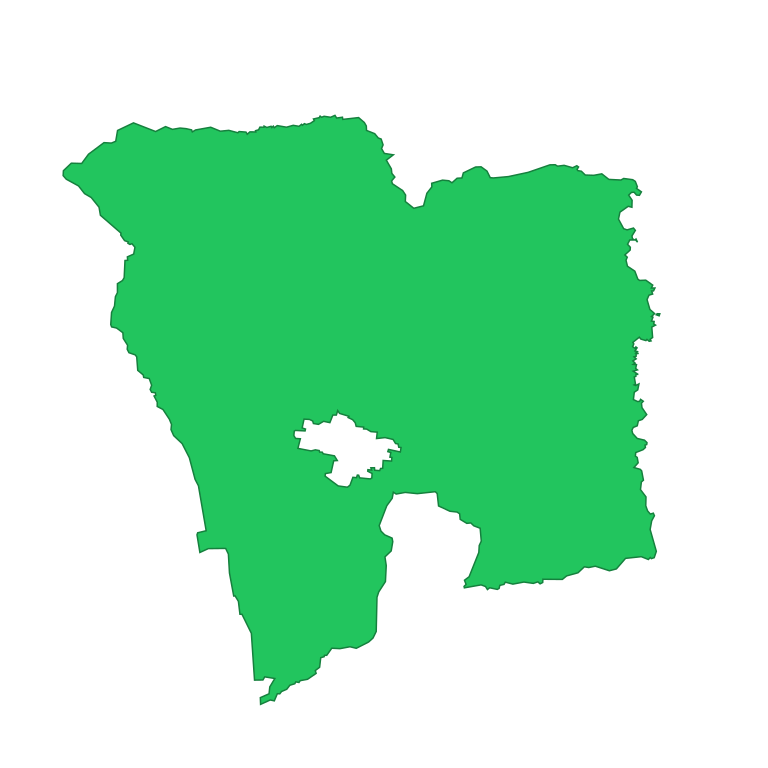 Blitar, Jawa Timur, Indonesia (Robinson projection), rotated 261°
{"feature_id": "22746128B45235083091424", "entity_name": "Blitar", "entity_type": "district", "adm_level": 2, "iso_a3": "IDN", "parent_name": "Indonesia", "parent_adm1": "Jawa Timur", "projection": "robinson", "projection_center": [112.215, -8.132], "detail": "fine", "context": "isolated", "style": "filled", "palette": "green", "viewbox_px": 768, "rotation_deg": 261, "n_neighbors": 0, "source": "geoboundaries", "source_scale": "gbopen_adm2", "svg_char_len": 6164}
<svg xmlns="http://www.w3.org/2000/svg" viewBox="0 0 768 768"><g transform="rotate(261 384 384)"><path d="M544.8,663.9L546.9,661.6L549.5,652.9L548.4,649.9L550.9,638.1L557.5,632.0L557.3,623.9L558.9,615.5L563.3,612.2L564.4,608.9L565.7,608.2L567.9,610.1L569.4,608.6L568.1,604.1L571.8,596.1L572.0,589.5L573.8,587.4L574.5,582.1L570.5,559.5L569.4,539.3L570.4,524.2L571.2,521.2L578.2,519.0L583.3,513.9L584.0,508.4L580.1,495.4L575.3,493.2L575.8,488.4L572.1,482.6L574.6,479.9L576.2,473.7L574.8,462.5L571.2,462.1L565.7,456.2L553.8,450.9L552.9,440.9L560.9,433.6L567.2,434.9L572.1,432.7L580.5,423.6L583.4,423.3L586.7,427.1L590.8,424.7L595.4,424.9L604.7,421.3L608.9,429.1L611.7,420.4L616.9,418.4L620.3,420.5L626.4,419.5L627.9,416.8L632.7,414.0L637.2,406.4L641.6,406.9L645.3,405.5L651.1,400.6L651.8,384.7L654.0,384.7L654.1,378.8L657.0,377.6L655.8,373.0L657.8,366.7L657.2,364.1L658.6,362.8L657.2,361.7L656.8,355.8L655.0,356.4L653.0,352.1L652.5,347.9L653.6,346.1L652.3,343.9L653.4,343.2L651.8,340.4L653.7,334.8L652.9,327.9L655.9,319.0L654.3,315.7L656.0,315.0L654.8,313.3L656.2,312.8L655.7,308.4L657.5,305.9L656.4,305.6L657.1,301.6L654.7,299.9L654.3,296.7L653.0,296.8L654.0,291.0L652.1,288.0L654.4,287.1L656.0,280.4L655.0,279.0L658.8,270.4L659.3,261.9L664.7,253.0L664.4,237.7L663.0,234.1L665.1,233.7L667.2,228.4L668.7,222.6L668.6,214.9L672.4,208.5L669.1,197.9L681.1,177.4L676.1,160.5L665.7,157.0L664.6,152.4L666.2,145.2L657.2,128.1L649.1,119.9L651.0,109.7L644.8,100.7L640.0,99.7L636.0,102.2L627.4,113.3L618.9,118.0L614.0,124.0L603.2,130.2L595.0,130.3L574.2,147.8L572.2,147.3L566.2,150.2L564.3,153.6L563.0,153.1L561.6,154.9L562.0,157.0L558.0,159.4L551.5,157.1L549.7,150.4L546.3,150.2L546.5,147.5L529.7,144.0L527.1,141.9L524.8,136.4L515.9,135.0L512.3,132.4L503.1,130.0L497.3,126.1L485.4,123.4L483.0,123.9L481.1,128.6L475.5,134.1L469.8,133.6L462.4,136.8L458.5,135.8L454.8,137.0L451.7,142.8L449.5,144.0L436.0,142.9L430.6,147.6L428.1,147.7L426.1,153.0L419.1,154.3L415.2,152.2L412.2,153.2L411.1,156.8L408.5,156.8L408.1,155.0L401.6,157.2L397.3,156.5L393.4,161.7L382.8,166.5L377.3,167.8L372.3,166.5L365.9,168.2L356.7,175.3L341.7,180.2L319.4,182.5L312.5,184.8L266.9,185.4L266.2,176.7L264.3,175.7L246.4,175.8L248.9,184.7L246.6,200.5L246.3,201.9L240.4,203.7L221.5,201.8L198.1,202.4L198.0,203.8L192.1,206.2L179.1,205.7L178.8,207.7L158.5,214.0L111.8,209.8L110.6,218.1L113.4,220.4L110.2,230.1L102.7,223.8L96.0,222.0L93.6,212.8L86.9,212.0L89.7,222.2L88.2,226.1L94.8,230.2L94.3,232.6L96.3,234.7L97.7,240.2L101.2,243.9L101.9,249.0L103.6,250.3L102.5,253.3L104.1,254.8L104.3,262.3L108.8,271.7L111.7,271.3L114.3,276.1L123.6,278.7L124.0,282.2L125.3,282.7L125.0,285.0L131.2,291.1L129.5,299.1L129.8,309.3L127.3,315.3L131.6,328.5L134.8,333.4L140.8,337.6L174.4,343.7L179.5,346.3L188.6,354.5L204.3,357.8L213.1,357.9L218.0,365.0L226.9,368.0L230.5,367.9L234.9,361.1L239.2,358.0L244.9,357.1L263.3,367.7L269.8,374.2L275.7,376.3L273.4,378.8L273.6,388.0L270.5,399.7L269.6,417.8L267.5,419.4L255.0,418.8L248.0,429.2L246.1,436.1L244.0,438.4L238.4,438.1L233.4,444.0L233.2,448.0L229.9,450.5L226.5,456.4L213.6,455.5L209.6,452.8L202.8,451.3L180.3,437.9L177.6,432.8L173.2,433.7L171.6,431.4L170.1,431.5L170.4,448.5L168.1,452.6L164.8,454.0L166.2,456.5L163.4,463.8L164.1,465.7L167.0,466.9L167.3,471.2L169.3,472.8L166.2,480.0L166.5,491.2L163.7,500.3L164.5,505.0L162.2,506.9L163.1,509.7L166.3,510.4L163.1,529.6L165.9,534.4L167.2,546.1L172.1,553.3L170.7,557.5L171.0,564.2L164.3,577.4L165.0,584.6L174.0,595.3L173.2,611.1L169.3,617.7L171.0,619.8L169.7,620.7L170.2,623.7L176.1,626.8L198.7,624.1L207.0,627.0L211.6,630.5L214.3,629.8L213.9,626.7L217.4,624.5L222.8,623.5L231.5,625.1L239.6,620.8L247.0,622.9L248.4,625.2L257.9,624.9L259.6,623.8L262.4,617.8L266.4,622.7L271.9,622.6L273.4,621.0L276.9,621.9L278.6,629.6L280.4,632.3L282.8,632.2L283.1,634.0L284.9,634.6L287.8,632.5L290.6,625.6L296.2,621.9L299.6,621.6L302.1,623.4L303.1,627.6L307.9,629.5L308.6,633.5L312.7,638.7L320.3,635.1L324.8,635.3L326.4,637.4L328.7,635.0L326.9,633.8L327.0,631.7L329.6,627.9L336.7,629.9L338.5,633.7L344.2,635.8L343.1,632.3L344.0,630.9L344.5,632.4L351.8,632.3L352.2,634.0L354.4,634.5L353.6,636.6L357.7,632.1L358.3,636.5L360.0,635.0L363.6,636.4L364.4,633.3L365.3,635.3L367.9,633.4L369.4,637.0L371.7,635.2L372.0,637.4L374.4,637.7L374.4,640.3L375.2,637.6L376.4,639.3L377.4,637.0L380.1,639.6L381.2,638.6L379.8,637.6L382.0,635.4L384.5,637.0L386.2,636.3L390.3,643.5L388.2,644.7L385.9,649.5L386.9,650.7L384.7,652.6L384.8,654.5L386.5,653.8L387.9,656.6L398.3,657.4L399.7,661.4L401.1,659.8L403.5,660.6L404.3,658.0L407.9,660.1L408.7,658.7L411.2,662.3L416.0,658.3L426.2,657.0L430.3,659.6L430.8,663.4L434.0,662.9L433.8,664.8L436.4,666.6L437.0,663.1L439.6,664.9L445.6,658.8L446.3,652.7L447.9,651.1L456.2,649.4L462.2,642.9L468.4,642.4L471.2,644.1L473.8,642.1L477.8,648.1L480.5,648.7L483.9,646.4L487.8,649.3L487.1,653.8L488.8,652.1L491.5,652.1L496.4,656.3L499.0,654.8L498.2,648.2L499.9,645.0L510.2,641.4L516.8,643.9L521.3,653.0L519.8,656.5L526.7,657.8L532.3,655.2L534.5,658.4L534.3,661.0L531.1,663.0L530.4,665.8L533.5,668.3L537.7,664.0L539.2,665.1L544.8,663.9ZM347.2,286.9L351.5,288.0L352.0,289.3L350.0,298.7L351.8,299.4L353.4,296.3L361.8,299.5L360.7,304.8L358.6,307.8L356.0,308.1L354.4,313.0L356.6,318.5L354.3,324.5L361.3,328.6L360.8,332.1L365.0,334.1L361.9,335.5L357.6,344.3L356.5,343.3L353.7,347.4L350.3,349.5L346.5,349.9L344.6,357.2L342.8,356.8L342.2,359.8L339.0,363.6L337.5,369.8L331.3,368.1L330.9,376.7L327.8,384.3L323.4,386.1L322.6,388.5L319.2,388.7L318.6,390.9L314.3,389.5L318.7,378.2L316.6,377.2L315.3,380.0L310.8,378.4L310.2,380.3L306.7,379.4L308.6,371.2L300.9,369.5L301.1,367.4L299.1,366.2L300.3,361.3L302.8,361.5L303.3,357.9L300.9,358.3L301.9,354.7L300.4,354.3L297.5,358.2L293.1,357.3L292.4,355.6L295.1,345.3L297.9,344.7L298.2,343.4L295.8,342.2L296.7,338.7L289.4,334.6L287.8,331.7L290.5,322.8L302.2,311.4L304.7,312.1L304.8,317.9L316.0,322.3L315.7,325.9L320.8,323.8L324.6,313.0L326.3,312.4L326.8,309.8L328.4,309.6L329.7,305.9L329.3,301.5L333.9,288.9L343.0,292.8L344.1,288.1L347.2,286.9ZM484.4,656.6L487.8,655.6L487.3,654.8L484.4,656.6ZM410.2,667.4L410.7,664.8L409.8,663.7L408.3,666.4L410.2,667.4Z" fill="#22c55e" stroke="#15803d" stroke-width="1.5"/></g></svg>